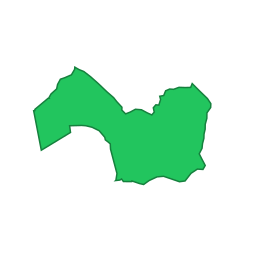 Karlstad, Värmland, Sweden, rotated 45°
{"feature_id": "70781695B32698767031926", "entity_name": "Karlstad", "entity_type": "district", "adm_level": 2, "iso_a3": "SWE", "parent_name": "Sweden", "parent_adm1": "Värmland", "projection": "natural_earth1", "projection_center": [13.634, 59.463], "detail": "fine", "context": "isolated", "style": "filled", "palette": "green", "viewbox_px": 256, "rotation_deg": 45, "n_neighbors": 0, "source": "geoboundaries", "source_scale": "gbopen_adm2", "svg_char_len": 1239}
<svg xmlns="http://www.w3.org/2000/svg" viewBox="0 0 256 256"><g transform="rotate(45 128 128)"><path d="M82.4,205.0L90.5,171.8L85.1,167.7L92.8,159.6L92.9,159.4L96.6,156.2L102.0,152.9L109.5,150.3L118.2,151.0L120.3,152.4L126.6,151.7L130.6,155.3L152.4,168.0L156.4,173.5L156.4,173.9L159.1,170.5L159.5,168.6L162.6,169.1L168.4,163.4L168.8,162.6L168.6,162.5L175.5,159.1L179.0,156.9L180.1,150.2L183.1,142.0L187.3,137.0L194.8,133.3L202.4,129.6L205.8,125.1L204.6,115.5L206.1,108.0L210.3,104.3L209.1,99.9L207.6,99.4L202.7,97.9L196.6,95.9L194.7,90.0L191.7,86.3L189.0,81.7L186.0,78.5L183.4,74.3L180.0,70.8L176.9,65.4L173.1,61.5L172.0,55.1L169.9,52.8L169.3,52.2L163.3,51.0L152.4,51.2L142.0,51.2L143.6,55.0L139.9,58.9L135.3,63.2L132.9,68.4L129.9,71.0L128.3,75.1L130.3,79.8L128.0,83.1L130.9,84.8L133.6,90.0L131.3,91.9L131.6,95.8L135.3,98.2L135.6,101.9L130.9,103.7L124.6,105.6L120.0,109.5L118.3,115.2L116.3,119.7L111.0,119.7L109.0,117.6L101.3,117.3L96.4,116.7L93.5,116.9L88.0,117.3L75.7,117.6L65.4,118.2L56.8,119.3L52.1,121.3L47.4,122.6L48.8,124.3L50.4,130.4L47.7,137.2L45.7,141.3L47.4,147.0L49.9,150.8L49.5,158.4L50.8,162.9L51.0,162.9L50.5,163.5L49.0,180.6L49.8,181.6L49.1,182.5L82.4,205.0Z" fill="#22c55e" stroke="#15803d" stroke-width="1.5"/></g></svg>